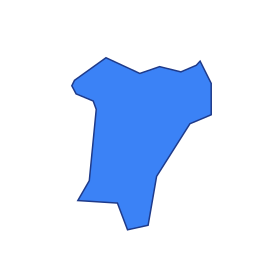 the Metropolitan Borough of Walsall, rotated 296°
{"feature_id": "GBR-5694", "entity_name": "Walsall", "entity_type": "Metropolitan Borough", "adm_level": 1, "iso_a3": "GBR", "parent_name": "United Kingdom", "parent_adm1": "", "projection": "robinson", "projection_center": [-1.949, 52.606], "detail": "fine", "context": "isolated", "style": "filled", "palette": "blue", "viewbox_px": 256, "rotation_deg": 296, "n_neighbors": 0, "source": "natural_earth", "source_scale": "10m", "svg_char_len": 410}
<svg xmlns="http://www.w3.org/2000/svg" viewBox="0 0 256 256"><g transform="rotate(296 128 128)"><path d="M36.3,172.2L55.9,151.4L40.8,114.7L63.7,116.3L130.8,91.3L137.0,84.9L135.9,66.4L141.3,59.0L147.4,59.0L181.5,77.4L182.2,114.7L197.0,129.5L201.6,150.9L214.3,161.9L219.7,163.5L204.6,183.2L176.4,197.0L159.0,181.8L97.1,174.9L49.4,188.7L36.3,172.2Z" fill="#3b82f6" stroke="#1e3a8a" stroke-width="1.5"/></g></svg>